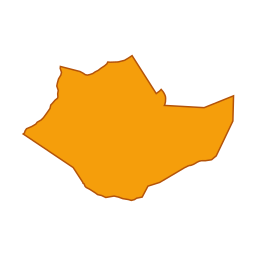 Belle Vue, Vieux Fort, Saint Lucia, rotated 9°
{"feature_id": "8701671B25756031943387", "entity_name": "Belle Vue", "entity_type": "district", "adm_level": 2, "iso_a3": "LCA", "parent_name": "Saint Lucia", "parent_adm1": "Vieux Fort", "projection": "albers", "projection_center": [-60.954, 13.792], "detail": "fine", "context": "isolated", "style": "filled", "palette": "amber", "viewbox_px": 256, "rotation_deg": 9, "n_neighbors": 0, "source": "geoboundaries", "source_scale": "gbopen_adm2", "svg_char_len": 1371}
<svg xmlns="http://www.w3.org/2000/svg" viewBox="0 0 256 256"><g transform="rotate(9 128 128)"><path d="M200.5,152.0L201.3,151.2L202.8,150.2L203.5,149.7L205.4,148.9L206.9,148.6L209.6,148.2L211.1,147.7L214.3,146.7L215.6,146.2L217.4,144.1L217.9,143.5L219.4,141.9L219.5,141.7L230.5,104.7L227.2,79.7L200.0,96.0L160.4,100.0L160.7,98.8L160.9,96.2L160.5,92.7L160.0,90.9L159.0,89.2L157.9,87.7L156.8,86.5L154.7,84.7L153.5,86.5L152.0,88.0L150.5,89.6L120.7,55.9L117.4,58.9L114.0,61.7L107.9,64.3L100.2,65.8L97.7,66.0L97.1,67.9L95.2,70.2L91.8,73.3L89.6,75.7L86.8,77.7L84.7,79.7L81.9,81.2L79.6,82.1L77.4,82.0L75.4,81.0L71.7,79.7L51.6,77.8L51.7,79.7L53.6,83.4L53.4,86.2L51.7,90.4L51.2,94.8L51.1,97.7L53.2,101.7L53.2,105.3L53.9,108.3L53.7,109.7L51.7,111.8L49.2,115.8L48.1,117.4L47.9,120.9L45.6,125.7L42.9,131.0L40.9,133.7L37.4,136.5L36.3,138.6L32.8,141.5L27.9,144.6L26.9,146.7L26.4,149.3L25.4,150.3L80.0,175.6L91.9,188.8L92.3,189.7L93.0,189.9L93.3,190.0L94.8,192.4L96.1,193.3L99.7,194.5L106.1,197.3L108.3,198.5L109.3,198.6L112.4,198.8L116.9,200.1L124.9,197.4L127.6,197.6L129.3,197.7L133.9,198.6L139.5,198.6L142.6,199.0L145.6,197.7L147.5,196.0L152.8,194.0L156.8,182.3L167.8,176.8L190.0,158.4L190.4,158.1L191.5,157.4L193.1,156.2L193.9,155.8L194.5,155.4L195.5,155.2L196.2,154.9L198.3,153.7L199.1,153.1L200.2,152.2L200.5,152.0Z" fill="#f59e0b" stroke="#b45309" stroke-width="1.5"/></g></svg>